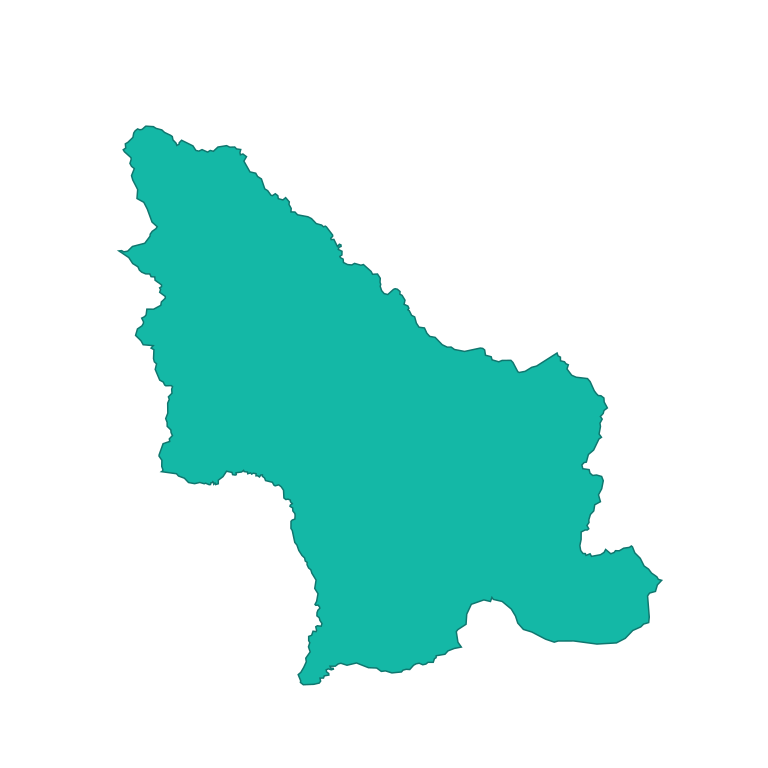 the district of Kon Plong, Kon Tum, Vietnam, rotated 349°
{"feature_id": "81297802B37970290892439", "entity_name": "Kon Plong", "entity_type": "district", "adm_level": 2, "iso_a3": "VNM", "parent_name": "Vietnam", "parent_adm1": "Kon Tum", "projection": "orthographic", "projection_center": [108.295, 14.803], "detail": "fine", "context": "isolated", "style": "filled", "palette": "teal", "viewbox_px": 768, "rotation_deg": 349, "n_neighbors": 0, "source": "geoboundaries", "source_scale": "gbopen_adm2", "svg_char_len": 6144}
<svg xmlns="http://www.w3.org/2000/svg" viewBox="0 0 768 768"><g transform="rotate(349 384 384)"><path d="M559.8,386.6L537.2,395.5L532.2,395.8L525.0,398.5L518.9,398.5L517.7,397.5L514.7,387.5L513.1,385.0L504.4,383.4L500.9,384.1L494.7,380.9L494.4,377.7L489.1,375.1L489.3,369.8L487.7,367.9L485.4,367.1L469.3,367.4L459.8,363.6L457.0,360.6L453.1,359.9L448.6,356.5L443.1,348.0L438.0,346.0L435.8,342.4L434.4,336.7L429.2,334.9L427.4,330.4L426.9,324.0L424.2,321.9L422.8,316.9L421.6,315.7L422.9,314.4L422.3,312.0L418.9,309.6L420.6,305.7L418.7,300.5L416.7,298.8L417.4,296.3L415.2,293.5L413.1,292.6L411.4,292.9L404.8,296.9L401.4,295.3L399.5,291.9L398.9,287.4L399.8,285.5L399.5,283.4L400.5,279.5L398.6,274.8L393.7,274.1L392.8,271.0L386.6,262.8L384.0,263.0L378.1,260.0L375.1,261.0L371.0,259.8L367.4,257.0L367.7,253.6L365.3,251.6L365.0,250.3L367.3,249.3L368.1,245.7L364.8,243.2L365.8,241.3L368.1,240.8L368.3,239.3L366.9,238.3L364.5,240.1L362.4,232.5L359.7,232.2L359.6,230.8L361.8,229.2L362.0,228.0L357.5,218.9L356.6,217.9L354.5,218.1L353.1,216.1L348.1,213.6L344.4,207.8L341.2,205.3L331.4,201.4L329.4,198.2L325.5,197.3L326.4,193.9L325.0,189.6L325.8,187.2L323.0,182.3L319.9,184.0L315.6,181.9L315.7,178.9L313.6,176.5L310.4,177.8L309.1,177.2L306.7,172.0L304.2,169.7L302.8,159.3L299.5,156.2L298.3,152.6L292.9,150.2L289.0,138.5L292.4,134.6L289.4,131.3L286.8,131.6L286.7,129.4L288.1,126.5L284.1,125.1L282.7,122.9L277.8,122.1L275.0,120.0L266.2,119.7L260.9,123.0L258.0,121.6L255.1,122.7L250.1,119.2L246.7,120.1L243.9,118.8L241.9,113.8L231.8,106.1L229.0,108.1L228.6,109.5L226.2,110.3L225.8,107.8L223.4,104.1L223.4,100.7L222.0,99.2L216.6,95.2L214.4,92.2L208.9,89.5L206.8,87.4L200.1,85.6L199.2,85.5L195.2,87.9L192.9,87.9L190.8,86.6L188.0,88.0L186.2,89.9L184.6,94.0L178.7,97.9L175.9,98.9L175.5,103.1L172.7,104.3L173.5,106.5L178.8,113.5L178.7,115.2L176.7,119.0L177.7,122.2L180.0,124.9L175.9,131.3L176.3,135.8L179.3,146.1L176.9,154.8L182.9,159.8L185.0,167.0L187.2,180.8L191.4,186.3L189.8,188.0L185.6,189.9L183.1,192.3L182.5,194.3L176.0,200.2L163.3,201.0L157.7,204.7L153.8,204.6L151.9,203.0L149.2,202.8L157.6,211.2L160.3,217.8L164.8,222.0L165.6,225.5L167.5,228.0L171.0,230.4L175.1,231.3L175.8,234.2L179.4,235.2L179.1,238.5L184.5,244.2L184.2,246.0L182.1,246.8L182.7,248.6L181.3,251.2L186.0,256.3L185.6,258.1L181.1,261.0L179.9,264.2L172.1,266.6L165.5,265.3L163.7,270.7L161.9,272.2L158.7,273.1L159.8,277.1L159.3,278.7L157.4,280.8L152.5,282.9L149.4,288.9L153.7,295.2L155.1,299.5L164.8,302.3L162.2,304.3L164.7,306.4L162.6,315.1L162.8,318.4L164.6,320.8L162.2,326.0L164.6,337.4L167.7,340.0L168.5,343.1L169.5,344.1L174.9,345.0L175.9,346.3L174.6,348.5L174.1,352.6L169.9,355.5L170.3,358.1L168.0,361.5L166.2,371.4L163.1,376.3L163.8,380.2L163.1,384.2L166.0,388.4L165.7,391.0L166.5,394.2L162.8,396.9L162.7,399.5L155.8,400.4L149.8,410.5L149.4,411.8L151.4,416.5L150.1,422.5L150.6,425.8L150.2,427.0L148.9,427.6L163.2,432.5L164.7,435.1L170.1,438.4L173.3,443.4L179.1,445.7L184.4,445.5L188.5,447.6L189.9,447.3L193.2,449.5L194.5,449.6L195.3,447.9L196.6,448.1L197.3,447.3L198.1,448.6L197.8,449.9L199.3,449.2L199.5,450.6L202.3,450.3L203.0,446.8L208.3,444.2L212.8,439.6L217.9,441.8L218.1,444.1L220.6,445.0L221.7,444.8L221.8,442.9L227.4,443.2L229.7,442.0L230.0,443.3L233.2,444.4L233.1,446.1L236.1,445.8L236.9,447.2L238.6,446.6L241.3,447.6L240.8,449.7L242.4,449.9L244.0,451.5L245.7,449.8L247.3,450.1L247.0,451.4L248.8,453.4L249.3,456.2L255.7,459.2L256.6,462.2L257.7,463.2L261.4,462.9L263.5,465.3L265.1,469.1L264.0,476.8L265.6,478.7L267.8,478.7L269.9,480.1L269.7,481.7L271.1,484.0L268.9,485.0L268.4,486.2L270.7,488.2L270.3,491.2L271.8,494.2L271.6,496.4L270.7,499.6L268.0,500.0L266.5,501.1L265.1,508.0L266.0,510.3L266.2,522.5L267.8,525.5L268.6,531.1L270.8,536.7L272.9,539.6L272.9,542.7L274.5,544.4L274.0,546.7L274.9,550.2L276.7,552.4L277.1,556.0L279.9,563.5L277.0,571.5L279.2,577.2L276.4,584.5L274.2,587.2L274.8,588.2L277.1,588.5L278.2,590.6L278.2,591.9L276.0,593.4L274.6,595.7L273.9,598.8L275.8,601.0L276.0,603.9L277.4,607.3L276.1,609.8L272.4,608.6L270.7,609.3L270.8,613.1L270.1,614.1L267.2,613.1L265.0,616.9L261.9,617.4L261.1,621.5L261.8,623.8L259.7,627.6L260.4,632.9L254.9,638.2L254.7,641.9L251.1,646.9L247.3,651.2L244.3,652.9L245.6,659.5L245.0,661.0L247.4,663.8L257.8,665.4L263.4,665.2L265.1,663.6L265.0,660.5L268.5,661.1L269.7,659.1L274.3,659.2L274.5,657.6L272.7,655.6L272.7,653.5L275.0,653.0L277.7,654.5L279.9,654.3L279.9,653.4L277.6,652.7L277.1,650.7L282.3,651.7L285.8,650.0L288.4,649.9L294.0,653.0L303.8,652.6L314.6,659.5L322.6,661.4L326.5,665.6L330.7,665.9L336.6,669.1L346.2,670.0L348.1,668.5L351.4,668.3L354.8,669.2L359.4,665.7L362.2,664.8L365.3,664.8L368.5,667.0L371.7,666.9L374.1,665.6L379.2,666.6L381.1,663.3L382.9,662.6L383.4,660.7L392.3,660.9L395.9,658.2L402.5,657.0L409.7,657.0L407.3,651.6L407.7,640.9L409.6,639.2L418.7,635.5L421.3,625.7L427.7,616.9L440.8,615.0L447.0,617.8L449.2,614.1L450.2,616.3L458.5,620.0L466.0,629.2L468.8,636.9L469.7,644.2L474.0,651.5L481.7,655.6L493.9,665.3L501.9,669.9L505.8,669.5L521.1,672.4L543.4,679.9L562.8,682.5L572.3,679.7L581.2,673.4L589.8,671.4L593.0,669.2L598.3,668.7L599.9,663.4L602.3,642.3L604.8,639.9L610.9,639.4L614.0,633.4L619.1,629.7L616.0,628.1L615.1,625.4L610.5,620.6L608.4,616.2L604.6,612.3L602.3,604.0L598.0,597.6L596.8,591.3L595.9,590.2L593.7,591.2L587.9,590.9L583.2,592.6L579.4,591.8L577.8,593.3L574.2,593.9L570.0,588.7L567.9,591.3L563.9,592.9L554.8,592.8L553.9,590.0L549.6,590.8L549.3,588.9L546.9,588.3L545.3,584.9L545.4,580.0L547.8,574.3L549.3,566.9L553.5,565.7L555.7,566.1L557.4,565.2L556.2,561.6L558.8,559.1L559.1,556.5L561.7,551.5L565.7,548.6L567.8,542.8L574.0,540.8L573.4,533.7L577.7,528.4L580.8,520.8L580.0,516.3L575.3,513.9L571.4,513.6L569.2,510.8L569.0,507.2L563.0,505.1L562.8,501.2L565.4,499.3L567.7,499.3L571.2,492.2L577.2,488.8L584.5,479.0L587.3,477.8L585.6,474.1L588.4,467.0L588.5,463.7L591.5,460.1L590.2,457.2L593.5,454.8L594.9,452.0L598.7,450.1L596.7,443.7L597.2,439.7L594.7,436.9L592.1,436.2L590.6,433.9L589.1,430.8L586.8,421.0L584.8,417.5L573.9,414.0L569.9,411.2L566.5,404.2L568.6,400.3L566.5,398.9L565.4,396.6L561.7,394.9L562.3,391.3L560.2,389.6L559.8,386.6Z" fill="#14b8a6" stroke="#0f766e" stroke-width="1.5"/></g></svg>